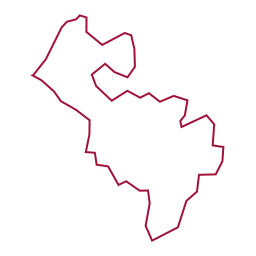 Furkat, Ferghana, Uzbekistan
{"feature_id": "79887680B57578382028963", "entity_name": "Furkat", "entity_type": "district", "adm_level": 2, "iso_a3": "UZB", "parent_name": "Uzbekistan", "parent_adm1": "Ferghana", "projection": "mercator", "projection_center": [70.733, 40.505], "detail": "fine", "context": "isolated", "style": "outline", "palette": "rose", "viewbox_px": 256, "rotation_deg": 0, "n_neighbors": 0, "source": "geoboundaries", "source_scale": "gbopen_adm2", "svg_char_len": 778}
<svg xmlns="http://www.w3.org/2000/svg" viewBox="0 0 256 256"><path d="M214.2,124.3L206.5,115.3L181.5,127.0L180.3,121.0L184.8,115.4L187.5,100.3L173.7,95.9L159.9,101.7L148.9,93.2L140.2,97.7L127.4,90.8L111.7,100.7L96.1,86.0L91.8,74.6L105.1,63.8L114.5,72.1L127.5,77.3L134.9,66.8L134.4,49.0L131.2,35.2L124.7,33.0L102.2,44.9L86.4,31.9L86.5,17.5L79.8,15.4L76.2,19.3L66.8,21.8L61.7,27.3L45.8,59.3L33.3,75.1L32.6,75.4L41.5,80.3L54.0,91.4L60.9,101.2L76.1,109.9L89.6,120.2L89.4,134.6L85.8,152.1L94.9,152.8L96.6,164.7L108.1,166.4L118.5,184.9L126.2,181.3L139.7,190.7L148.0,190.5L149.7,203.3L147.0,218.3L145.6,225.8L152.1,240.6L177.9,227.3L186.4,200.9L197.0,191.6L199.0,174.8L215.7,174.4L222.4,161.3L223.4,147.0L212.7,145.4L214.2,124.3Z" fill="none" stroke="#9f1239" stroke-width="2"/></svg>